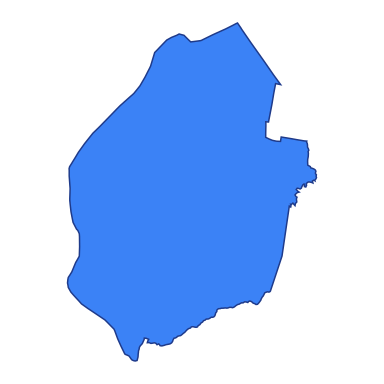 Capital, Corrientes, Argentina (Mercator projection)
{"feature_id": "61730980B72419299069197", "entity_name": "Capital", "entity_type": "district", "adm_level": 2, "iso_a3": "ARG", "parent_name": "Argentina", "parent_adm1": "Corrientes", "projection": "mercator", "projection_center": [-58.741, -27.521], "detail": "fine", "context": "isolated", "style": "filled", "palette": "blue", "viewbox_px": 384, "rotation_deg": 0, "n_neighbors": 0, "source": "geoboundaries", "source_scale": "gbopen_adm2", "svg_char_len": 4035}
<svg xmlns="http://www.w3.org/2000/svg" viewBox="0 0 384 384"><path d="M314.8,180.7L314.7,180.4L315.3,179.7L315.7,179.2L316.5,177.6L316.1,176.2L316.4,174.8L315.5,173.7L315.5,172.5L315.9,171.3L315.4,170.1L314.3,169.2L312.8,168.5L311.7,168.1L310.8,167.9L310.3,166.6L309.1,165.9L307.8,165.2L307.7,163.9L307.7,163.5L307.6,161.5L307.7,159.4L308.0,157.8L308.2,156.7L308.3,155.2L308.4,153.3L308.1,151.6L308.8,150.3L308.5,149.2L308.3,148.8L308.2,148.4L308.1,148.2L307.6,147.4L307.5,146.5L307.5,145.0L307.2,143.3L306.6,142.2L306.6,141.9L306.8,141.1L304.2,140.9L297.0,139.7L290.9,138.6L281.2,137.0L280.5,141.4L276.5,141.2L275.0,140.9L272.3,140.3L268.9,138.9L265.7,137.3L265.7,133.3L265.9,125.0L265.8,121.8L268.5,122.0L271.9,104.4L273.8,93.0L275.6,83.6L280.6,84.6L273.4,74.7L264.2,61.4L250.7,42.4L241.7,29.3L240.8,27.8L239.9,26.5L237.5,23.0L236.1,23.6L232.5,25.5L225.3,29.1L223.5,29.9L215.3,33.6L212.7,34.8L201.1,40.5L199.5,40.8L190.7,41.9L188.4,39.7L184.0,35.3L179.1,34.0L176.7,35.3L174.7,36.1L171.5,37.4L167.0,39.9L166.8,40.0L166.2,40.6L160.3,46.7L156.4,50.8L155.7,51.5L154.7,52.5L150.6,66.1L149.0,69.4L148.3,70.7L145.1,77.0L140.0,85.8L138.8,87.3L136.9,89.7L133.8,93.5L129.6,97.2L120.3,105.5L117.1,108.7L107.3,118.8L103.2,123.0L100.3,126.0L95.6,130.6L92.9,133.2L84.7,143.5L78.4,152.3L75.9,156.5L72.5,162.0L71.8,163.2L69.6,166.7L69.1,168.6L69.2,170.5L69.2,174.3L69.2,176.1L70.0,187.1L70.1,188.6L69.9,195.7L69.8,198.4L69.8,200.4L70.1,203.6L71.0,211.8L72.5,219.6L73.1,222.5L74.5,225.2L76.5,229.1L77.8,230.4L78.3,231.5L79.3,233.7L79.5,236.8L79.5,237.4L79.6,246.8L79.3,256.2L77.4,259.6L75.7,262.5L71.9,271.7L71.4,272.6L70.8,273.5L69.9,275.0L68.3,277.4L67.9,279.3L67.6,282.1L67.5,283.0L67.9,284.8L68.3,287.5L70.4,291.2L70.9,292.1L73.0,294.5L73.7,295.3L75.8,297.6L79.3,301.4L81.5,303.9L88.2,308.7L88.4,308.8L99.6,316.3L104.9,319.9L107.6,322.6L112.7,327.8L114.0,329.1L114.8,330.9L117.7,338.8L121.1,346.4L124.8,354.0L125.8,354.6L127.1,355.1L128.9,355.9L130.0,357.3L131.0,358.8L131.3,359.2L131.8,359.8L133.4,360.6L135.2,361.0L137.1,360.5L137.5,358.9L138.0,357.0L138.1,355.6L138.2,353.8L138.4,352.5L138.5,350.9L139.1,349.2L139.4,347.3L140.5,345.5L141.6,344.5L142.5,343.2L143.4,341.1L144.1,339.6L144.3,338.1L146.3,338.3L148.7,339.3L147.7,341.2L147.3,342.7L149.1,342.6L150.9,343.4L153.0,343.1L154.4,342.8L155.9,343.3L157.0,344.7L158.7,343.9L159.5,344.6L160.1,345.7L161.9,345.9L164.0,345.4L166.0,344.7L168.1,344.3L170.0,343.9L171.6,342.9L172.6,341.4L173.1,339.8L174.0,338.2L175.3,338.0L176.7,337.3L177.4,336.4L178.9,335.9L180.6,335.6L181.7,334.8L183.4,333.3L184.7,332.4L186.1,330.8L187.5,329.4L188.9,328.5L190.5,328.0L191.3,326.9L192.4,326.7L193.6,326.8L194.7,327.1L196.1,327.3L197.5,326.9L198.2,325.6L199.8,324.7L201.1,322.9L202.5,322.1L203.6,320.6L205.0,320.2L206.2,319.1L208.2,319.0L209.6,318.4L211.3,317.2L212.5,317.3L213.8,316.9L214.9,315.7L215.0,315.3L215.3,314.5L215.7,312.9L216.8,311.6L216.8,310.2L217.1,309.9L217.8,309.2L218.3,308.8L218.5,308.7L220.3,308.6L221.0,308.3L221.5,308.2L222.9,308.2L224.0,308.1L225.2,307.9L226.4,308.1L227.9,308.0L229.3,307.4L231.2,307.3L232.3,307.7L233.7,307.3L234.9,306.5L235.8,305.7L237.7,304.5L239.1,304.2L240.3,303.5L241.6,302.8L243.0,302.9L244.7,301.8L246.4,302.0L246.6,302.1L247.8,302.5L248.2,302.0L248.6,301.5L249.8,301.0L251.5,301.6L253.1,303.1L254.8,303.7L256.0,304.5L257.5,304.3L258.9,302.8L259.8,301.6L260.8,300.2L261.2,299.0L262.1,297.3L263.2,296.0L264.2,294.1L264.6,293.0L265.7,292.4L267.3,291.8L269.0,292.1L269.4,291.9L270.0,291.6L270.4,291.1L282.0,256.1L289.3,206.1L290.7,207.0L291.0,205.6L290.6,204.2L291.6,204.3L292.9,203.1L293.8,204.3L295.0,205.6L295.4,203.5L296.8,202.0L296.6,200.6L296.4,198.9L297.0,197.2L296.0,196.6L295.0,194.9L295.9,193.8L297.3,192.6L299.1,192.1L297.9,191.3L296.2,189.5L297.2,188.2L298.5,188.4L300.1,189.0L301.4,188.1L301.8,186.8L302.9,184.8L304.0,184.0L304.5,185.1L304.4,186.6L305.8,187.0L306.6,185.2L306.2,183.8L307.3,182.6L308.3,182.0L309.5,182.0L311.5,182.4L312.9,183.0L312.4,181.0L313.7,180.2L314.0,180.2L314.8,180.7Z" fill="#3b82f6" stroke="#1e3a8a" stroke-width="1.5"/></svg>